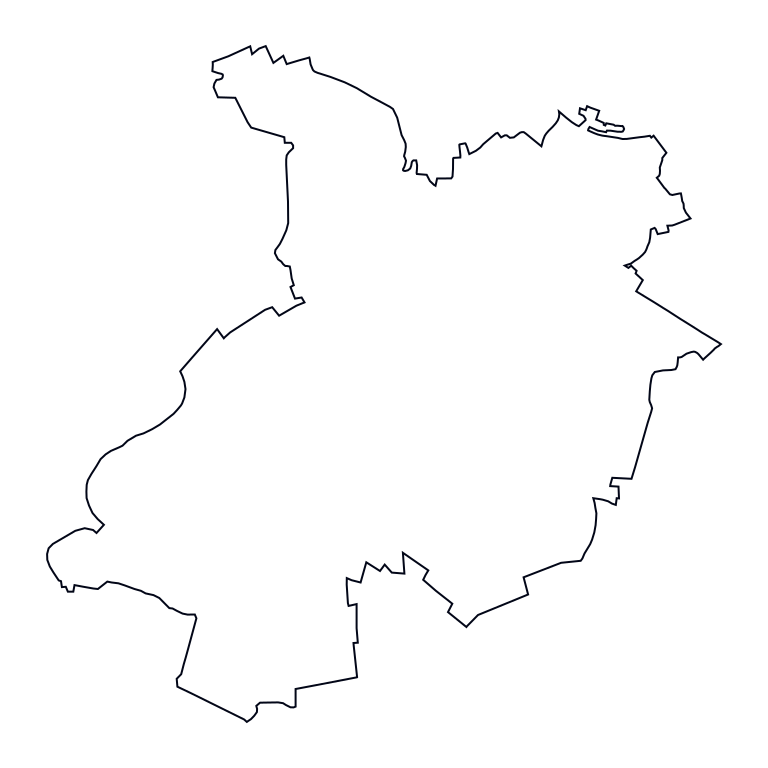 outline of Ha Dong, Ha Noi, Vietnam
{"feature_id": "81297802B46977673973725", "entity_name": "Ha Dong", "entity_type": "district", "adm_level": 2, "iso_a3": "VNM", "parent_name": "Vietnam", "parent_adm1": "Ha Noi", "projection": "robinson", "projection_center": [105.762, 20.954], "detail": "fine", "context": "isolated", "style": "outline", "palette": "ink", "viewbox_px": 768, "rotation_deg": 0, "n_neighbors": 0, "source": "geoboundaries", "source_scale": "gbopen_adm2", "svg_char_len": 5860}
<svg xmlns="http://www.w3.org/2000/svg" viewBox="0 0 768 768"><path d="M246.8,721.9L251.0,719.1L254.2,715.8L256.9,712.1L257.1,708.9L256.3,705.9L260.0,702.7L264.4,702.6L278.1,702.4L283.1,703.2L285.9,705.0L288.3,706.2L290.5,707.3L293.6,707.4L295.6,706.6L295.6,691.0L295.6,689.0L316.3,685.1L357.0,677.3L357.1,677.2L353.7,645.5L353.5,643.0L357.8,642.7L356.6,628.2L356.6,604.1L348.6,605.9L347.9,603.1L346.7,584.6L346.8,578.1L351.6,580.2L360.6,582.5L366.3,562.3L380.0,571.0L384.7,564.6L391.8,572.6L404.4,573.6L402.9,552.8L428.3,570.4L425.6,574.9L423.2,579.8L435.9,590.8L452.3,603.7L448.0,612.1L466.4,627.0L466.9,626.3L478.0,615.0L528.1,594.5L523.6,577.3L561.1,562.8L580.7,560.8L582.4,558.5L584.5,553.5L587.3,548.9L590.2,544.1L592.1,539.6L594.3,532.4L595.6,525.2L596.1,519.0L596.4,513.3L595.4,508.0L594.6,502.9L593.3,498.2L600.2,499.2L602.8,499.7L608.2,501.3L612.0,503.6L615.8,504.9L616.7,498.2L619.0,498.4L618.5,486.6L610.2,486.1L610.4,484.5L612.3,477.8L631.5,478.8L635.1,467.1L647.7,422.8L651.2,411.8L652.1,408.3L651.1,405.0L649.8,402.1L649.3,399.8L649.8,391.3L650.4,384.7L651.4,378.4L652.3,375.3L654.8,372.0L663.0,370.4L671.4,370.0L675.5,369.2L676.7,367.0L677.3,365.3L677.7,362.2L678.1,357.4L679.9,357.4L681.6,357.0L686.5,353.7L691.2,352.1L693.8,351.6L695.2,351.9L697.2,353.0L698.5,354.2L703.1,359.7L704.4,358.4L709.6,353.7L710.5,352.9L714.3,349.2L714.6,348.6L715.5,348.0L717.0,346.9L718.3,346.2L720.9,344.1L718.5,342.5L704.6,334.1L702.0,332.6L697.1,329.4L687.4,323.3L680.3,318.9L669.8,312.1L669.2,311.7L668.6,311.3L664.4,308.7L663.9,308.4L663.5,308.2L662.0,307.2L653.2,301.7L645.8,297.2L638.1,292.5L636.2,291.3L642.8,280.1L635.6,273.5L636.6,270.8L633.8,268.3L631.2,265.7L628.4,267.9L624.8,265.6L627.1,264.8L630.9,263.6L634.6,260.9L636.9,259.5L637.6,259.0L638.8,258.2L642.7,254.7L645.1,252.0L646.3,249.6L647.0,247.8L647.4,246.5L649.3,242.2L650.1,237.7L650.8,229.5L654.6,227.9L655.7,229.1L657.7,234.1L668.4,231.9L668.6,230.5L667.4,225.7L672.2,225.5L674.7,224.7L690.5,218.5L685.9,212.6L683.8,208.1L683.7,205.3L683.5,203.6L682.2,201.0L682.0,199.5L681.7,197.6L681.3,195.4L680.9,193.4L679.4,193.5L673.7,194.7L672.4,195.0L669.9,194.3L665.1,188.5L664.5,188.1L657.4,178.5L656.8,177.8L659.2,175.7L659.8,173.9L660.0,170.8L659.8,167.5L661.0,164.0L662.3,160.1L662.3,158.0L666.4,152.8L653.6,135.7L651.3,137.6L649.9,135.8L644.3,136.7L639.7,137.2L626.9,138.9L623.3,139.0L622.5,139.0L617.9,137.9L606.1,136.1L605.0,136.0L602.2,135.6L597.8,134.5L594.1,133.1L593.9,133.0L590.7,131.6L588.1,130.4L588.3,129.2L588.8,128.3L589.6,127.0L595.0,129.4L598.0,130.7L601.8,131.3L606.1,132.2L606.9,130.6L610.7,130.7L617.4,131.7L621.4,131.8L622.7,131.5L623.5,130.3L624.1,129.0L623.4,127.1L622.5,126.0L621.4,126.1L617.5,125.7L615.1,125.8L613.6,124.7L606.3,123.3L605.3,125.5L603.8,124.9L603.7,122.9L598.2,120.4L596.1,119.6L599.2,110.8L590.5,107.7L587.1,106.2L586.6,107.6L585.7,110.2L580.0,108.3L579.3,113.2L579.2,113.8L583.5,115.8L585.5,118.8L585.6,120.1L584.3,121.3L578.9,126.2L576.4,125.1L571.9,122.2L566.1,117.6L558.9,111.4L559.3,114.2L558.9,117.4L557.8,120.3L555.8,123.3L552.6,126.9L548.7,130.7L546.3,133.5L544.8,135.7L543.1,140.0L541.8,144.9L541.4,146.3L525.7,133.5L523.7,132.1L521.9,132.1L520.0,132.7L513.8,137.4L509.9,137.8L506.7,135.3L504.9,135.3L501.1,137.4L497.6,132.9L495.8,133.5L483.2,144.2L480.3,147.5L475.9,150.8L469.3,154.1L468.6,152.1L467.2,147.5L466.5,145.8L465.6,143.6L465.2,143.3L459.6,144.4L459.3,144.8L459.5,147.2L459.7,148.9L460.0,151.5L460.4,155.6L460.3,157.5L453.5,157.9L453.1,158.7L453.0,169.0L452.5,176.6L451.2,178.4L437.1,178.5L435.5,185.8L434.0,184.9L429.9,181.0L426.7,174.8L416.9,174.0L416.6,173.0L417.0,168.8L417.1,165.2L416.2,160.4L413.4,160.4L412.6,161.0L411.8,162.2L411.2,165.8L410.2,168.5L407.9,170.3L405.1,171.0L403.6,170.7L403.1,170.3L403.1,169.1L404.3,167.0L405.5,163.3L406.0,160.7L404.8,157.6L404.1,156.4L404.2,155.3L405.2,151.7L405.8,147.0L405.6,143.7L404.2,140.2L401.6,135.1L400.0,128.8L397.2,117.7L393.0,109.0L390.0,106.9L382.4,102.8L370.9,96.7L356.7,88.1L344.7,82.3L330.4,76.9L321.9,74.2L320.4,73.7L317.7,72.9L314.5,71.5L313.1,70.2L312.5,69.0L310.6,64.4L309.7,59.0L309.3,57.5L306.3,58.4L299.3,60.3L290.3,63.0L286.7,64.1L283.3,55.8L273.4,62.9L265.7,46.1L259.0,48.6L252.1,54.2L250.2,46.3L228.3,56.3L212.7,62.0L212.8,64.6L212.8,64.9L212.7,66.6L212.6,68.3L212.4,70.3L212.4,71.2L218.2,73.1L221.4,73.8L222.7,74.5L222.9,75.6L222.5,77.5L221.6,78.7L219.0,79.6L216.5,79.9L214.4,83.5L213.6,87.2L215.0,90.4L217.9,97.3L235.3,97.8L247.6,122.2L251.2,127.6L284.3,137.2L284.8,142.8L291.2,142.8L293.1,145.4L293.1,148.2L288.8,152.3L286.7,155.4L286.2,159.5L286.2,164.9L288.0,201.6L288.2,223.1L286.3,230.3L282.5,238.8L279.9,243.9L277.3,247.5L275.4,250.0L274.9,253.2L278.0,259.3L281.3,261.6L283.2,264.2L285.3,266.0L287.0,266.0L289.8,266.5L290.5,270.1L291.7,278.5L293.8,285.2L290.5,287.0L295.0,298.6L301.6,297.5L304.5,302.4L296.4,305.7L279.1,315.7L272.2,307.2L265.1,309.8L230.2,332.4L224.8,337.2L223.8,338.3L217.1,329.1L192.2,357.5L180.2,371.3L182.5,376.2L184.4,381.9L185.5,389.1L184.4,397.4L182.1,403.5L180.9,405.5L177.2,409.9L173.6,413.8L165.2,420.4L160.0,424.5L152.1,429.2L143.5,433.4L136.0,435.7L127.5,440.8L122.5,445.7L119.2,447.3L110.9,450.9L105.6,454.4L100.6,459.1L96.4,466.2L91.5,473.8L87.9,480.1L86.7,484.8L86.4,491.5L86.6,498.1L89.0,505.5L92.5,513.0L97.7,519.1L103.9,524.8L96.5,533.0L93.1,530.0L84.7,528.2L75.3,530.8L52.9,543.9L48.8,548.1L48.6,548.4L47.1,554.0L47.3,559.9L49.8,566.5L53.4,572.4L58.7,580.4L61.0,581.2L61.9,587.1L65.8,586.8L67.9,591.7L73.3,591.7L74.5,585.1L83.0,586.7L93.3,588.5L97.9,589.0L99.8,587.5L107.3,581.6L111.7,582.5L118.4,583.3L124.7,585.4L134.5,589.0L140.9,590.8L145.6,593.4L153.5,595.1L159.3,598.0L169.3,608.1L172.6,608.5L176.8,610.8L182.6,613.6L187.6,614.6L194.8,614.5L196.4,618.3L188.1,648.9L185.7,657.6L183.8,664.1L181.2,674.2L176.7,678.8L177.4,686.7L191.0,693.2L244.2,719.5L246.8,721.9Z" fill="none" stroke="#020617" stroke-width="2"/></svg>